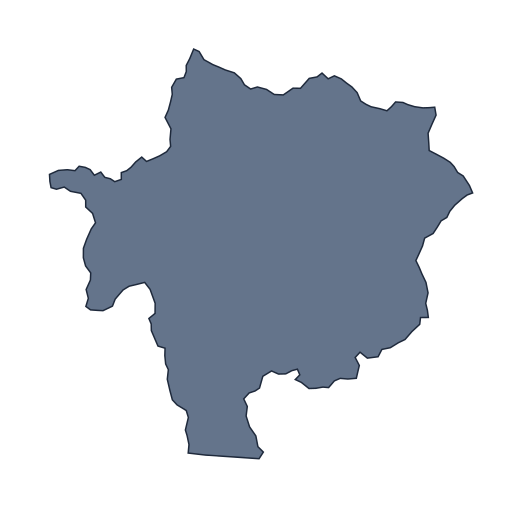 outline of Salto de Pirapora, São Paulo, Brazil, rotated 4°
{"feature_id": "56859067B30320122732425", "entity_name": "Salto de Pirapora", "entity_type": "district", "adm_level": 2, "iso_a3": "BRA", "parent_name": "Brazil", "parent_adm1": "São Paulo", "projection": "natural_earth1", "projection_center": [-47.59, -23.661], "detail": "fine", "context": "isolated", "style": "filled", "palette": "slate", "viewbox_px": 512, "rotation_deg": 4, "n_neighbors": 0, "source": "geoboundaries", "source_scale": "gbopen_adm2", "svg_char_len": 2495}
<svg xmlns="http://www.w3.org/2000/svg" viewBox="0 0 512 512"><g transform="rotate(4 256 256)"><path d="M44.3,189.0L45.2,196.0L46.8,202.1L52.3,203.3L59.9,200.6L66.4,204.4L77.0,205.7L82.2,212.2L82.7,219.0L90.0,224.9L93.6,234.1L89.8,240.4L85.9,251.1L83.3,260.3L83.9,269.8L86.7,277.8L92.3,284.4L92.5,291.5L88.9,301.3L91.7,309.9L89.8,318.2L94.7,321.3L101.6,321.3L107.2,321.2L116.3,316.0L118.5,308.9L121.8,304.4L125.8,299.1L131.5,295.0L138.6,292.8L146.8,290.1L152.7,296.7L158.7,310.2L159.3,320.3L153.5,325.8L156.2,331.1L156.8,337.7L161.2,346.3L164.5,352.7L171.7,354.3L172.0,361.7L173.4,370.0L176.5,375.5L176.1,385.1L179.5,396.2L182.6,405.3L187.6,410.0L197.2,415.0L199.8,421.8L197.7,434.5L199.8,440.0L202.3,448.8L202.1,457.3L219.4,458.1L273.2,458.0L277.0,451.1L271.2,446.1L268.4,435.5L261.5,426.9L257.3,416.3L257.8,406.7L253.7,399.4L258.7,393.1L264.5,390.7L268.7,387.5L271.2,375.5L279.5,369.6L286.7,372.2L293.9,371.5L299.7,367.9L305.2,366.0L308.0,371.5L303.8,376.5L310.0,378.9L318.1,384.5L324.9,383.8L331.9,382.1L337.6,382.2L342.9,375.1L348.5,372.2L356.2,372.3L364.6,371.0L365.7,364.0L366.7,358.0L362.0,350.3L366.5,344.7L374.2,350.1L384.8,348.0L388.1,340.4L396.4,338.1L404.2,332.5L410.5,328.9L416.8,320.5L424.1,312.7L424.4,305.9L432.2,305.3L430.8,298.3L428.6,291.4L430.2,280.8L427.4,270.5L422.7,262.2L419.6,256.0L415.8,249.4L418.2,243.1L421.4,234.4L423.0,226.4L431.1,221.2L434.7,214.8L438.2,208.0L443.7,204.2L446.2,197.9L450.7,191.5L457.7,184.4L462.4,180.4L467.7,178.0L464.0,170.8L457.1,161.7L451.3,158.6L447.4,153.0L443.2,149.0L436.4,145.3L429.9,142.4L421.4,138.7L420.5,131.5L419.1,121.5L422.5,111.8L425.8,102.9L423.9,95.1L418.1,96.0L412.2,96.6L403.9,96.0L396.8,94.4L391.9,92.6L384.5,92.6L380.7,97.6L376.5,102.0L369.3,100.4L360.4,99.1L355.1,97.0L349.6,94.0L345.5,86.0L339.9,80.7L334.1,77.1L328.8,73.4L321.6,70.8L315.6,74.2L309.1,68.9L304.4,73.1L296.7,75.1L288.7,85.6L281.2,86.0L272.0,93.4L262.9,93.6L254.9,89.1L245.6,87.3L239.0,89.8L232.5,86.0L228.5,80.1L221.6,74.8L212.2,72.5L206.0,70.2L199.6,68.1L190.4,63.8L185.0,56.0L179.4,53.9L176.1,63.8L173.1,70.8L173.6,76.9L171.7,83.1L164.2,85.1L160.1,93.6L161.2,100.6L160.0,108.2L158.4,116.5L155.6,124.1L162.3,135.1L162.1,145.7L163.2,152.6L159.6,158.2L152.9,162.8L146.5,166.2L140.2,169.3L135.1,165.3L129.4,170.6L125.2,176.1L121.1,179.9L115.8,182.2L116.3,189.0L109.9,191.7L105.3,189.1L99.7,188.1L95.3,183.1L89.1,186.7L84.5,181.4L79.5,179.5L73.3,178.8L69.5,183.5L61.8,183.1L52.9,184.4L44.3,189.0Z" fill="#64748b" stroke="#1e293b" stroke-width="1.5"/></g></svg>